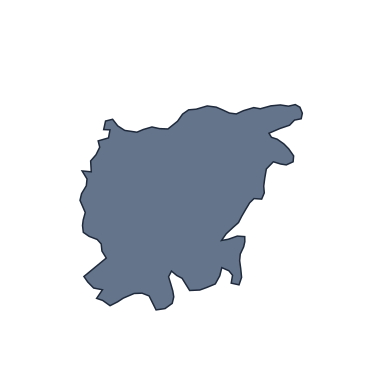 Vista Gaúcha, Rio Grande do Sul, Brazil, rotated 61°
{"feature_id": "56859067B34602546660204", "entity_name": "Vista Gaúcha", "entity_type": "district", "adm_level": 2, "iso_a3": "BRA", "parent_name": "Brazil", "parent_adm1": "Rio Grande do Sul", "projection": "equal_earth", "projection_center": [-53.696, -27.259], "detail": "fine", "context": "isolated", "style": "filled", "palette": "slate", "viewbox_px": 384, "rotation_deg": 61, "n_neighbors": 0, "source": "geoboundaries", "source_scale": "gbopen_adm2", "svg_char_len": 1572}
<svg xmlns="http://www.w3.org/2000/svg" viewBox="0 0 384 384"><g transform="rotate(61 192 192)"><path d="M88.0,233.2L94.6,239.0L97.9,233.6L104.2,238.8L101.8,249.3L108.1,251.0L112.9,257.9L115.7,265.6L125.5,270.3L120.3,277.9L129.7,277.5L135.3,281.4L139.9,289.4L145.0,294.0L158.2,295.3L163.7,300.7L168.2,304.0L174.6,306.6L180.9,303.5L187.6,297.9L193.4,296.6L200.0,299.4L208.2,299.0L213.5,327.5L220.3,326.8L228.3,324.6L234.1,317.7L238.8,327.0L243.5,322.7L251.7,318.8L252.0,310.3L251.5,303.5L252.7,291.8L256.3,284.7L262.1,279.9L271.1,280.3L277.7,280.6L280.9,272.1L279.8,263.3L274.9,258.8L269.3,256.8L261.9,255.1L254.8,253.6L251.2,248.3L257.6,245.8L262.7,242.5L277.0,241.8L281.5,232.7L282.7,225.1L283.7,216.2L278.8,208.4L272.6,202.6L278.8,197.9L284.5,196.9L290.7,201.9L296.0,195.9L290.7,190.0L282.3,186.4L275.1,183.6L269.7,179.9L265.0,173.4L261.1,169.9L256.6,167.5L252.5,173.8L250.9,183.3L248.7,189.7L245.1,182.3L242.9,173.4L241.3,166.2L237.4,160.4L233.1,153.2L229.4,146.8L227.8,141.0L232.0,134.5L227.8,129.2L221.6,126.4L215.1,121.6L207.9,115.8L205.0,106.2L210.5,100.9L214.0,96.4L214.6,88.9L209.7,85.6L201.1,86.5L194.6,88.3L187.1,91.9L182.7,96.0L177.9,96.2L179.1,84.2L180.9,74.3L178.8,67.5L180.9,61.0L176.6,57.3L170.2,56.5L165.6,59.3L163.7,66.0L158.7,72.5L154.9,81.2L152.3,91.9L148.1,97.1L145.8,107.6L145.2,115.4L141.1,121.0L134.8,125.6L129.5,129.7L124.1,137.0L121.6,148.2L118.5,155.1L119.3,162.5L123.1,170.3L125.2,182.5L120.8,189.7L115.7,195.5L113.7,204.4L113.0,211.2L105.5,221.0L98.2,224.9L89.9,226.2L88.0,233.2Z" fill="#64748b" stroke="#1e293b" stroke-width="1.5"/></g></svg>